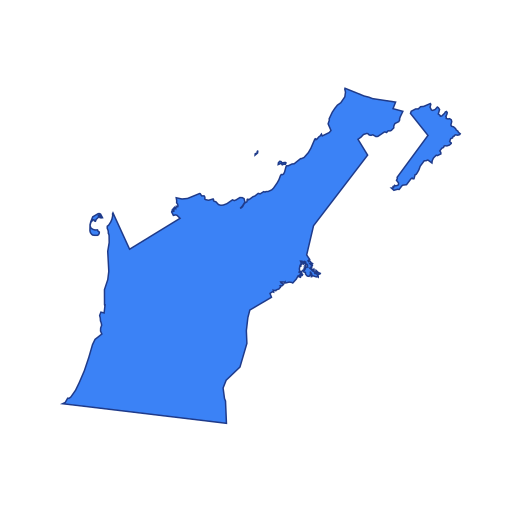 the district of Northern Peninsula Area, Queensland, Australia, rotated 14°
{"feature_id": "25037944B13244512579669", "entity_name": "Northern Peninsula Area", "entity_type": "district", "adm_level": 2, "iso_a3": "AUS", "parent_name": "Australia", "parent_adm1": "Queensland", "projection": "robinson", "projection_center": [142.362, -10.972], "detail": "fine", "context": "isolated", "style": "filled", "palette": "blue", "viewbox_px": 512, "rotation_deg": 14, "n_neighbors": 0, "source": "geoboundaries", "source_scale": "gbopen_adm2", "svg_char_len": 6059}
<svg xmlns="http://www.w3.org/2000/svg" viewBox="0 0 512 512"><g transform="rotate(14 256 256)"><path d="M287.0,276.1L286.2,275.2L289.7,274.4L290.0,275.0L290.5,274.2L290.7,275.0L291.3,275.0L294.5,273.3L296.9,273.0L298.2,273.3L300.7,268.6L301.6,265.1L302.9,264.2L302.9,265.8L304.3,265.9L304.5,264.0L303.2,263.6L303.3,262.6L303.8,262.4L304.8,263.7L305.5,263.7L305.8,262.8L304.7,262.0L304.0,260.0L303.4,260.1L302.8,261.2L301.7,261.2L302.0,259.8L301.2,258.2L301.0,254.7L301.1,254.3L301.8,255.1L302.0,255.0L301.6,253.6L302.3,252.9L301.6,252.6L301.6,251.8L300.4,250.2L302.0,249.9L302.3,250.3L302.0,251.0L303.2,250.5L303.2,252.0L304.3,252.4L304.7,251.3L304.1,250.6L303.9,249.7L304.6,249.4L305.3,250.1L305.7,249.9L305.9,250.3L305.5,251.1L306.6,252.1L305.9,253.5L306.4,253.3L307.3,251.6L308.3,252.4L308.4,253.6L308.8,254.3L306.8,254.6L306.1,255.2L306.9,255.5L306.5,256.0L307.0,256.5L306.7,257.2L305.9,257.0L306.3,258.1L305.4,258.1L304.8,258.7L306.4,260.0L307.9,260.0L308.3,261.4L310.0,262.8L311.1,263.1L312.4,262.9L312.9,262.0L313.3,260.2L312.4,258.0L314.6,260.2L314.4,261.6L314.6,262.7L315.1,262.6L315.5,261.4L319.6,261.7L320.3,261.1L321.5,261.5L321.3,260.5L320.1,259.5L322.5,257.8L322.6,257.3L320.7,257.0L319.8,257.7L320.0,256.7L317.7,255.4L317.8,256.4L318.8,258.1L318.6,258.6L317.4,258.8L316.9,258.3L317.0,257.3L314.7,256.9L313.8,256.3L315.8,255.6L315.3,254.7L314.8,255.4L313.2,255.7L311.3,255.0L311.1,254.8L311.9,254.1L312.5,254.4L313.0,254.1L312.3,252.6L311.5,252.5L313.0,251.9L313.0,251.2L311.5,250.7L310.8,250.9L309.9,250.2L311.3,249.8L312.2,250.1L312.6,249.6L310.9,249.1L310.0,248.0L308.9,248.0L308.3,248.6L307.6,248.0L308.7,246.5L309.4,246.8L304.9,242.7L304.5,212.7L339.9,131.1L326.7,118.1L329.1,115.3L330.9,112.1L333.8,110.3L334.9,110.2L336.6,111.2L338.4,111.1L340.0,110.1L343.5,111.1L345.3,110.5L350.3,104.9L351.0,104.4L352.8,104.6L354.0,102.5L355.8,102.2L356.9,101.4L358.7,98.3L358.2,96.5L358.7,93.9L362.0,91.1L362.5,89.2L362.1,88.4L362.3,86.0L363.5,80.1L353.3,79.9L354.2,72.9L331.0,75.1L327.1,74.6L322.2,74.6L301.8,71.7L301.8,72.6L303.2,75.4L303.7,80.1L301.2,86.8L298.5,89.9L296.8,93.6L295.2,98.1L293.8,105.2L294.3,106.5L294.0,110.3L298.4,116.1L297.2,118.5L291.2,123.5L290.0,121.9L289.1,124.2L288.2,125.1L286.9,127.8L286.1,128.6L285.5,127.8L284.8,128.3L283.2,138.1L281.8,143.0L278.8,148.8L276.4,150.6L275.7,150.7L270.7,157.3L268.7,158.0L265.4,160.7L263.8,161.1L263.5,162.3L263.4,167.6L262.9,169.8L262.1,170.6L260.8,170.8L260.3,172.1L259.8,176.4L258.9,179.8L256.6,185.9L255.3,188.0L252.2,190.5L250.2,191.0L249.3,191.8L247.9,191.7L245.0,194.7L243.0,194.7L240.3,198.2L238.8,199.1L236.1,202.4L235.1,203.3L234.5,202.9L234.4,203.5L233.8,203.5L234.1,205.5L232.0,207.7L231.0,211.5L229.7,213.2L229.1,213.6L230.7,210.8L232.2,206.3L230.5,203.2L228.5,202.7L226.2,203.2L223.1,206.4L221.5,207.5L219.6,207.2L215.1,212.3L211.9,214.5L209.6,215.3L207.2,215.2L204.0,213.1L202.1,213.0L201.3,212.5L201.2,211.6L200.6,211.0L196.5,213.4L193.6,213.5L192.5,213.1L192.2,211.3L191.1,210.2L188.7,210.8L186.8,209.0L186.2,209.0L175.7,216.7L170.4,218.6L164.5,218.8L165.7,221.6L166.1,223.6L167.3,224.5L168.2,226.3L168.1,227.2L166.6,227.0L166.7,229.5L165.2,228.4L164.0,230.7L165.2,230.5L165.0,231.2L165.5,232.4L165.2,232.7L163.7,232.2L163.5,233.7L166.0,236.6L167.9,235.6L169.4,235.6L173.2,237.8L131.7,280.0L106.8,248.8L106.6,249.8L107.2,251.6L107.3,255.1L106.8,258.2L105.6,261.7L104.5,263.1L104.9,265.0L106.5,267.3L107.3,269.9L107.8,270.3L108.5,271.7L110.3,278.5L111.0,287.3L116.9,306.6L117.9,314.8L117.1,325.3L120.8,339.9L121.1,340.4L121.4,340.2L122.4,348.0L119.1,348.0L118.7,351.6L119.9,353.8L120.8,356.6L122.0,358.3L123.0,360.5L122.7,363.5L123.3,366.4L125.3,369.0L120.0,375.8L118.8,381.5L118.3,394.9L117.2,408.9L115.1,421.8L113.4,429.9L110.5,437.5L109.1,439.3L107.7,439.5L106.3,444.3L104.1,446.1L267.8,425.5L261.5,404.1L259.9,401.9L256.0,392.0L257.1,383.7L267.3,367.6L268.3,343.0L264.7,330.8L263.0,317.7L263.1,309.9L281.0,292.3L278.6,288.9L280.6,286.7L281.8,286.8L281.0,285.0L282.1,285.2L282.7,284.7L283.6,284.9L284.0,283.9L286.3,282.4L286.7,281.2L287.3,280.6L287.1,279.4L286.6,279.1L287.3,278.6L288.1,278.9L288.9,278.1L289.6,276.6L287.0,276.1ZM373.9,158.9L377.2,157.0L378.8,156.8L380.7,152.4L381.4,151.7L384.8,150.4L387.6,143.8L388.6,142.6L389.7,143.2L390.6,142.8L390.7,138.6L391.6,138.1L392.3,136.3L393.2,133.0L393.6,129.1L396.2,122.9L398.0,122.4L399.2,121.4L399.9,121.4L404.2,123.2L403.9,120.8L404.5,118.0L405.1,116.9L406.5,114.6L407.7,114.7L410.7,112.2L410.2,110.7L408.9,109.6L410.2,106.5L411.7,105.3L411.9,103.9L412.6,103.3L414.6,103.0L416.8,101.6L418.2,99.6L418.1,99.1L416.2,98.1L416.5,95.0L418.1,93.9L418.3,92.4L419.4,91.6L419.5,90.9L420.4,90.1L422.5,90.0L424.2,89.0L424.6,88.0L422.4,87.0L421.8,86.1L419.7,85.2L418.8,84.1L416.5,82.9L414.3,82.8L413.4,81.7L413.4,78.2L412.5,76.6L410.6,75.9L409.2,76.6L407.3,76.5L406.9,75.0L406.4,74.6L406.9,72.5L406.9,70.7L405.9,69.7L404.9,70.4L404.5,71.8L402.3,75.3L401.1,75.8L400.7,75.1L398.5,74.1L398.7,69.5L397.1,68.0L395.9,67.6L394.4,70.5L392.2,72.0L390.9,71.9L388.9,69.5L388.9,66.5L388.3,65.9L382.5,70.3L379.6,71.3L377.9,74.0L375.3,74.7L371.6,78.0L371.4,80.3L393.7,97.4L373.9,145.5L374.4,146.7L374.0,148.6L376.6,150.6L376.9,151.8L376.6,153.0L376.0,153.4L374.3,154.2L373.4,153.9L373.0,155.7L371.8,154.9L372.6,156.1L372.4,156.8L370.9,157.3L373.9,158.9ZM87.4,265.8L88.8,271.8L89.7,273.4L91.3,274.7L92.4,275.2L94.4,275.0L97.1,274.3L98.0,273.5L98.4,271.9L98.2,270.7L96.7,270.1L95.9,269.0L93.5,269.7L91.2,269.6L89.1,268.8L87.8,267.0L87.6,266.2L87.6,263.3L88.6,261.4L88.6,260.3L89.8,260.2L90.6,260.4L90.5,260.9L90.9,261.1L91.8,261.1L92.1,259.0L94.0,256.2L95.5,256.2L95.7,256.6L96.2,256.3L95.5,255.4L93.3,255.1L93.6,254.5L95.1,254.0L96.7,255.4L97.0,256.3L97.8,256.0L95.0,252.9L93.7,252.7L92.6,253.1L88.1,257.5L87.4,262.7L87.4,265.8ZM255.4,161.9L257.7,160.2L258.5,160.4L259.4,161.2L260.9,160.1L262.3,160.0L262.6,158.4L261.7,158.1L258.8,159.3L257.5,158.3L256.2,158.3L255.2,160.0L255.4,161.9ZM231.8,156.0L230.5,157.0L230.7,158.3L232.6,155.7L232.3,153.3L231.9,154.3L232.3,155.1L231.8,156.0Z" fill="#3b82f6" stroke="#1e3a8a" stroke-width="1.5"/></g></svg>